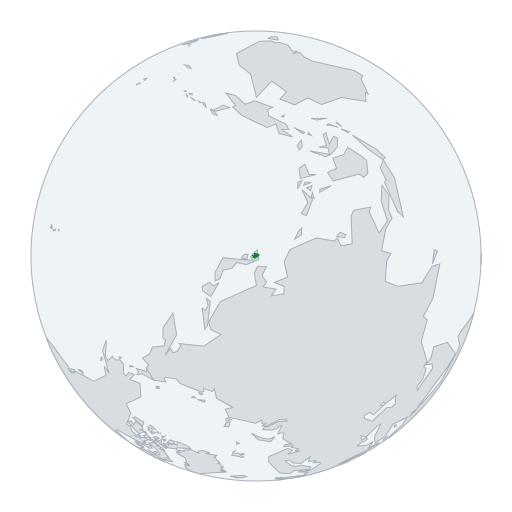 the Earth from above Kumamoto, rotated 197°
{"feature_id": "JPN-1830", "entity_name": "Kumamoto", "entity_type": "Prefecture", "adm_level": 1, "iso_a3": "JPN", "parent_name": "Japan", "parent_adm1": "", "projection": "orthographic", "projection_center": [130.522, 32.636], "detail": "fine", "context": "on_globe", "style": "filled", "palette": "green", "viewbox_px": 512, "rotation_deg": 197, "n_neighbors": 0, "source": "natural_earth", "source_scale": "10m", "svg_char_len": 12826}
<svg xmlns="http://www.w3.org/2000/svg" viewBox="0 0 512 512"><g transform="rotate(197 256 256)"><circle cx="256" cy="256" r="225" fill="#eef3f6" stroke="#a8b0b8"/><path d="M420.6,384.4L420.4,385.4L420.1,385.7L420.6,384.4ZM432.3,115.8L430.9,114.1L431.5,115.9L421.9,109.2L401.2,93.9L402.7,93.0L397.6,90.0L395.4,91.3L395.2,92.9L374.4,88.9L364.6,98.1L368.9,106.3L362.2,100.9L375.2,120.8L374.5,132.0L370.7,116.3L366.9,112.5L364.2,118.1L359.7,115.5L355.8,117.0L350.6,113.5L348.8,105.3L345.4,103.2L343.7,107.4L337.5,107.1L340.5,101.1L329.8,100.2L324.8,87.7L337.0,76.7L329.8,69.2L330.6,57.1L326.1,56.3L323.5,52.1L317.3,49.8L319.2,48.8L312.7,48.0L312.1,49.4L309.0,49.7L305.3,48.7L307.1,46.9L309.2,47.2L307.8,46.2L310.3,45.9L307.0,45.5L309.6,43.9L301.6,44.1L299.1,41.7L302.3,41.1L309.0,43.0L333.2,48.3L338.5,49.3L339.2,48.3L325.7,42.0L328.7,42.8L328.5,42.7L343.5,48.4L358.1,55.2L372.2,63.0L385.6,71.8L398.4,81.5L410.5,92.1L421.8,103.5L432.3,115.8ZM322.3,40.7L321.8,40.6L312.5,38.1L312.6,38.7L308.9,38.0L306.1,38.5L299.0,36.6L293.5,34.8L295.4,34.5L293.0,33.9L285.1,33.1L282.9,32.3L302.8,35.6L322.3,40.7ZM460.6,226.6L458.8,222.4L460.8,222.9L460.6,226.6ZM457.0,221.4L457.8,222.5L457.0,221.9L457.0,221.4ZM456.0,221.9L456.7,221.5L456.1,222.5L456.0,221.9ZM454.9,223.2L455.4,222.3L455.4,222.6L454.9,223.2ZM452.5,223.8L451.8,223.8L452.1,222.5L452.5,223.8ZM395.8,94.2L395.8,91.6L399.5,91.7L400.0,94.1L395.8,94.2ZM388.1,95.0L386.8,92.7L392.7,95.4L391.6,95.8L388.1,95.0ZM372.9,113.2L373.8,110.1L374.5,114.1L372.9,113.2ZM356.2,117.8L357.4,119.6L354.8,119.7L356.2,117.8ZM310.3,39.5L308.3,39.0L309.8,39.2L310.3,39.5ZM311.0,40.4L314.2,41.0L315.0,41.5L313.0,41.1L311.0,40.4ZM344.6,114.6L340.2,114.4L344.4,113.2L344.6,114.6ZM306.8,39.6L316.1,42.4L317.4,43.4L310.9,42.9L306.8,39.6ZM337.4,113.4L326.7,113.6L328.4,117.5L317.5,107.3L330.2,110.1L335.1,107.8L334.5,111.0L337.4,113.4ZM313.5,50.4L314.0,48.8L317.0,51.1L313.5,50.4ZM316.2,51.9L330.0,59.8L327.5,62.1L323.4,58.7L322.9,62.8L315.0,59.9L313.4,57.1L316.6,56.1L311.1,55.8L316.2,51.9ZM313.1,101.9L310.3,100.9L312.9,100.4L313.1,101.9ZM308.0,50.0L311.0,51.2L309.1,53.2L302.7,51.1L305.4,51.1L308.0,50.0ZM326.7,65.5L324.2,66.9L317.0,64.8L315.0,65.1L314.6,60.1L326.7,65.5ZM304.0,50.1L299.6,50.0L297.1,48.3L305.0,48.9L304.0,50.1ZM311.3,54.6L310.1,55.5L308.7,54.3L311.3,54.6ZM286.0,42.7L289.6,43.8L288.9,44.8L286.0,42.7ZM298.1,50.2L298.9,50.8L299.1,51.4L295.7,51.1L298.1,50.2ZM309.5,59.2L307.1,58.2L309.4,61.1L304.1,60.0L304.7,56.9L302.2,57.8L300.6,57.5L303.0,55.4L309.5,59.2ZM292.8,52.7L291.8,49.0L285.2,46.6L285.6,45.5L296.1,49.6L292.8,52.7ZM298.5,54.4L295.1,53.1L297.4,52.2L301.2,52.6L298.5,54.4ZM300.3,60.4L308.2,62.9L307.8,63.5L300.3,60.4ZM290.4,52.1L290.7,53.1L289.7,52.1L290.4,52.1ZM296.7,57.9L299.6,58.7L299.0,59.3L296.7,57.9ZM288.9,54.5L288.6,53.2L291.1,53.4L288.9,54.5ZM292.1,56.2L290.7,57.0L292.3,54.2L293.5,56.4L292.1,56.2ZM295.7,58.5L296.4,59.1L294.6,58.1L295.7,58.5ZM279.3,55.0L280.7,51.5L286.4,51.7L284.3,55.0L279.3,55.0ZM76.7,119.6L74.9,122.0L77.0,119.9L66.6,137.7L64.2,146.1L75.8,135.3L79.8,121.0L87.5,112.2L89.9,118.0L87.4,131.8L90.3,128.9L97.7,115.5L103.2,114.6L101.0,110.8L97.4,115.3L96.0,113.3L99.2,109.1L101.0,108.8L103.4,104.0L94.3,107.7L89.7,112.8L92.4,104.9L85.0,112.8L83.6,113.1L95.6,100.0L99.0,97.3L116.4,81.1L113.0,83.1L96.4,98.8L99.0,95.8L94.3,99.6L99.8,94.5L118.9,77.8L124.8,72.9L140.3,62.7L151.0,56.7L145.6,59.7L148.7,58.2L144.1,61.2L146.3,61.6L142.9,64.7L152.2,61.8L151.8,63.2L146.4,64.4L140.9,67.3L133.5,76.5L134.6,77.4L141.2,74.9L138.4,78.2L145.8,74.7L145.7,79.7L151.9,71.0L159.9,68.9L164.5,70.6L168.2,68.6L160.8,65.9L156.8,66.4L151.6,69.1L141.8,70.3L142.5,67.9L157.1,61.6L159.7,57.9L169.8,55.4L183.6,62.7L185.0,68.0L169.6,81.2L164.4,80.8L167.4,75.7L156.9,82.4L161.5,80.9L159.1,83.9L166.1,83.4L164.8,85.5L173.8,81.7L172.9,84.3L167.2,86.7L176.9,89.1L177.4,94.7L180.2,94.3L183.1,92.2L181.8,101.3L183.9,100.6L185.2,97.3L190.3,94.0L198.8,91.9L197.8,95.2L194.6,96.3L186.6,104.0L178.2,107.2L178.7,108.4L185.8,106.5L195.6,97.0L201.0,94.9L197.0,99.4L198.9,97.6L201.2,97.6L202.7,100.8L207.4,95.9L234.8,93.9L240.5,100.5L233.9,104.4L252.1,108.3L257.0,116.8L258.1,113.6L267.6,114.2L266.2,111.4L267.5,110.0L291.2,111.8L296.1,115.2L307.6,113.5L308.2,112.1L305.2,109.3L317.5,107.3L328.4,117.5L326.5,120.2L334.7,125.3L329.2,131.1L328.4,138.7L317.6,143.1L317.9,149.2L321.1,150.6L323.9,160.4L318.7,177.1L308.9,157.5L314.0,134.1L310.7,142.8L307.3,139.2L303.6,141.5L301.6,148.1L304.0,149.8L279.5,154.5L266.4,171.0L277.5,172.3L282.0,179.1L276.8,202.0L247.0,227.9L252.7,239.7L251.4,246.4L242.9,248.9L244.5,239.1L238.1,234.0L240.3,228.5L227.2,230.1L229.7,222.3L218.3,228.0L220.0,235.1L230.6,236.1L219.6,245.1L227.3,258.5L225.5,272.1L203.5,290.9L185.2,293.3L183.5,297.0L177.6,290.5L167.6,295.8L176.8,322.1L175.8,328.5L160.6,336.2L160.7,331.4L145.0,313.9L140.5,328.0L152.3,344.9L156.2,360.6L146.5,352.9L142.6,338.7L137.1,332.1L139.8,319.6L137.5,297.8L127.7,297.7L129.6,289.8L125.0,269.5L111.6,268.4L89.6,278.8L84.6,297.6L77.9,302.2L74.4,267.4L78.3,247.1L73.6,245.1L72.9,222.4L61.8,205.4L63.3,199.2L60.5,198.1L60.5,187.8L63.9,178.2L62.5,174.9L54.2,200.5L56.1,204.3L61.9,201.4L58.9,209.2L59.3,221.1L47.9,229.4L36.5,220.6L40.5,205.6L58.2,155.8L60.6,152.7L60.9,152.3L61.4,151.4L57.8,155.6L62.6,146.7L47.5,177.8L42.8,189.3L36.2,221.1L35.6,222.0L35.0,230.1L39.4,238.3L38.3,242.8L33.1,257.3L30.9,265.3L30.9,248.0L32.1,230.7L34.7,213.6L38.7,196.7L43.8,180.2L50.3,164.2L57.9,148.6L66.8,133.8L76.7,119.6ZM79.5,154.8L81.4,163.7L89.6,151.6L91.1,154.2L93.3,149.3L90.2,150.7L97.1,138.4L101.2,139.8L105.6,135.6L105.2,132.5L96.5,132.1L86.6,149.3L82.3,150.8L79.5,154.8ZM170.0,48.7L165.5,50.6L163.1,51.3L167.4,48.9L171.0,47.7L170.0,48.7ZM159.9,53.4L173.1,48.6L171.0,50.5L169.9,50.1L167.2,51.8L164.8,51.9L149.8,58.9L146.6,60.1L156.3,54.1L154.8,55.1L159.3,52.9L159.9,53.4ZM210.8,38.4L216.5,37.8L204.4,42.3L200.5,42.5L204.5,39.7L211.5,37.9L210.8,38.4ZM293.5,38.8L296.5,39.3L296.0,39.6L293.1,39.5L293.5,38.8ZM287.7,43.1L280.1,37.5L283.1,37.6L275.0,34.9L279.7,34.3L284.8,36.0L282.4,33.9L288.9,35.1L286.4,33.8L297.3,37.6L303.0,39.1L294.8,37.5L290.2,37.9L290.0,38.5L293.6,41.7L303.7,45.7L300.8,47.2L296.1,47.3L293.2,46.5L296.0,45.6L290.2,45.3L292.0,43.5L287.7,43.1ZM242.3,54.3L246.8,52.3L235.3,53.8L237.1,51.0L235.7,51.4L234.2,49.4L229.9,47.7L231.7,46.6L229.2,46.5L228.2,45.3L225.4,44.9L227.7,42.9L224.5,42.3L227.4,41.7L221.3,41.4L226.9,40.8L226.1,39.7L221.1,40.8L240.3,33.7L244.0,32.1L244.1,31.3L253.7,31.2L259.8,32.1L262.8,34.2L257.9,36.1L263.1,36.0L262.3,37.1L258.5,36.7L263.9,37.9L262.2,38.8L264.9,42.3L273.7,44.2L274.9,45.8L270.6,45.5L274.8,47.4L267.6,48.1L268.3,49.3L261.9,51.6L253.2,50.7L254.6,52.3L249.8,54.4L242.3,54.3ZM277.3,55.5L266.5,54.5L262.2,52.6L275.2,49.6L275.6,48.3L283.8,46.9L289.9,49.8L287.0,49.9L285.6,50.7L284.2,49.4L284.3,51.0L280.3,51.3L279.2,52.7L276.0,51.9L277.3,55.5ZM99.5,94.1L97.6,96.0L95.6,98.3L92.7,101.0L99.5,94.1ZM109.4,85.0L112.3,82.5L111.2,83.5L106.1,87.9L107.0,87.0L109.4,85.0ZM115.0,80.7L111.6,83.2L114.6,80.8L115.0,80.7ZM145.9,65.4L145.2,66.6L143.5,67.4L141.8,67.6L145.9,65.4ZM208.8,60.3L212.1,58.9L212.9,59.4L221.0,58.4L220.3,60.8L215.2,62.2L208.8,60.3ZM74.0,135.1L72.1,135.2L73.6,132.6L73.9,133.1L74.0,135.1ZM80.9,116.7L77.2,122.5L80.1,117.4L80.9,116.7ZM209.4,62.7L212.8,61.9L210.4,63.6L209.4,62.7ZM220.2,62.5L218.1,64.4L221.2,61.0L220.2,62.5ZM38.5,314.8L38.2,313.5L41.5,325.0L38.5,314.8ZM211.5,404.9L218.4,406.8L218.2,407.5L211.5,404.9ZM204.2,400.8L212.0,402.4L203.0,402.3L204.2,400.8ZM215.1,403.1L223.0,402.8L226.4,401.9L225.9,403.5L215.1,403.1ZM199.0,399.8L171.5,393.1L160.9,387.8L163.2,385.5L180.3,391.0L199.0,399.8ZM162.3,385.1L146.5,371.3L126.6,336.7L133.7,340.1L154.8,364.2L153.4,366.5L163.0,376.6L162.3,385.1ZM201.7,378.8L200.2,386.7L184.8,382.5L178.0,379.5L173.2,367.6L175.8,362.8L181.4,364.4L204.2,350.4L211.9,356.7L204.6,363.4L211.0,372.0L201.7,378.8ZM85.0,300.0L87.4,314.0L83.9,313.7L85.0,300.0ZM214.4,338.6L204.5,345.3L213.8,335.5L214.4,338.6ZM220.4,328.5L220.6,333.1L217.2,328.1L220.4,328.5ZM182.4,303.3L176.4,302.7L176.7,299.4L184.6,298.3L182.4,303.3ZM224.0,283.4L222.3,293.0L220.5,296.1L218.7,289.7L224.0,283.4ZM208.5,85.2L198.0,83.5L190.1,84.7L184.9,88.7L187.7,82.7L200.0,80.8L208.5,85.2ZM231.7,92.3L236.2,89.3L237.3,91.5L236.4,92.5L231.7,92.3ZM232.2,89.9L232.0,84.7L236.6,83.7L235.8,87.9L232.2,89.9ZM220.3,72.5L217.2,71.8L219.3,70.3L220.3,72.5ZM368.9,449.0L372.1,447.9L365.9,452.0L357.0,456.9L348.0,460.8L368.9,449.0ZM299.7,471.6L298.0,469.0L308.0,467.6L305.1,470.4L299.7,471.6ZM375.2,444.9L380.7,440.4L381.5,437.2L382.5,439.4L388.5,436.3L374.4,446.6L375.2,444.9ZM258.7,458.7L216.1,462.1L206.2,459.5L207.6,456.5L196.2,443.7L199.4,444.6L195.9,436.0L220.4,432.7L237.6,420.0L252.6,422.4L263.1,411.8L278.9,413.2L274.9,422.0L292.1,427.8L302.0,407.9L314.2,428.2L327.9,433.7L333.8,444.0L315.6,462.3L303.6,466.3L300.5,465.3L295.8,467.1L287.2,467.1L280.9,462.5L276.2,464.1L280.0,460.2L273.6,463.7L268.4,460.4L258.7,458.7ZM372.8,416.3L375.5,416.1L380.4,417.9L375.9,418.6L372.8,416.3ZM413.6,391.5L415.2,392.3L412.2,394.1L413.6,391.5ZM420.1,385.7L416.6,388.1L420.6,384.4L420.1,385.7ZM385.5,401.6L387.0,402.4L385.9,403.2L385.5,401.6ZM384.3,401.5L385.7,399.1L385.7,401.2L384.3,401.5ZM370.6,393.7L372.1,392.3L372.9,393.0L370.6,393.7ZM228.7,408.4L238.2,403.6L243.6,403.7L228.7,408.4ZM368.1,391.8L364.1,392.4L364.4,391.2L368.1,391.8ZM368.2,389.1L367.7,387.5L370.4,390.9L368.2,389.1ZM360.3,386.7L365.4,388.8L359.8,387.2L360.3,386.7ZM357.5,387.6L354.0,386.8L354.2,386.3L357.5,387.6ZM319.4,393.9L332.4,402.9L322.3,403.5L310.9,397.9L302.6,404.0L283.5,403.0L287.7,399.5L284.9,393.8L265.7,390.7L261.8,386.6L268.5,384.5L256.0,380.6L269.6,379.8L275.4,388.0L283.1,382.2L296.9,384.0L310.6,386.4L322.0,391.6L319.4,393.9ZM270.0,396.9L272.4,397.0L270.4,399.1L270.0,396.9ZM347.2,383.5L352.3,386.6L351.8,387.5L349.3,387.3L347.2,383.5ZM324.5,390.1L336.6,382.9L339.5,382.7L331.6,390.6L324.5,390.1ZM333.5,379.0L339.2,379.4L342.4,382.7L341.2,383.8L333.5,379.0ZM242.2,387.4L241.7,389.5L238.2,387.4L242.2,387.4ZM246.6,386.7L257.2,390.0L245.7,388.4L246.6,386.7ZM215.6,374.7L218.5,380.4L227.8,378.6L220.7,382.2L227.3,391.6L225.2,394.4L218.7,384.4L216.7,393.3L212.6,392.5L210.2,384.1L214.2,374.9L218.3,371.4L235.3,372.2L215.6,374.7ZM246.5,380.3L243.7,373.9L245.8,370.1L248.8,373.7L246.5,380.3ZM236.0,358.0L229.1,349.6L222.6,351.4L236.2,343.1L240.5,352.5L236.0,358.0ZM230.8,340.9L224.6,342.5L231.2,337.5L230.8,340.9ZM223.2,339.8L222.9,334.4L227.6,335.9L223.2,339.8ZM233.9,341.6L235.7,332.9L237.7,338.5L233.9,341.6ZM221.9,322.3L231.3,332.7L218.4,326.8L219.6,309.3L225.2,309.9L221.9,322.3ZM264.2,255.6L263.8,250.3L269.4,249.8L268.1,253.6L264.2,255.6ZM287.1,244.7L270.7,248.0L257.5,251.1L260.9,253.9L256.6,262.3L252.3,253.4L262.7,244.9L272.5,244.2L275.4,237.1L283.4,232.9L283.8,223.7L287.8,220.1L290.4,228.5L287.1,244.7ZM283.6,219.8L287.3,204.0L297.1,207.2L298.5,211.4L292.7,217.2L287.9,215.0L283.6,219.8ZM291.1,201.2L286.4,199.2L282.1,175.1L283.6,171.0L292.1,190.2L288.2,189.5L287.5,195.0L291.1,201.2ZM310.4,102.7L310.3,101.1L312.2,102.7L310.4,102.7ZM266.5,108.5L268.5,106.9L270.7,108.6L266.5,108.5ZM275.4,103.3L271.5,102.6L276.0,102.0L275.4,103.3ZM262.7,101.2L270.1,101.6L262.4,103.2L262.7,101.2Z" fill="#d9dde1" stroke="#a8b0b8" stroke-width="1"/><path d="M255.4,257.9L255.5,257.8L255.7,257.5L255.7,257.4L255.8,257.3L255.8,257.2L256.0,257.2L256.1,256.9L256.2,256.7L256.3,256.5L256.2,256.5L256.2,256.4L256.4,256.1L256.5,255.9L256.4,256.0L255.9,256.1L256.1,255.8L256.3,255.7L256.2,255.6L256.3,255.5L256.3,255.4L256.2,255.3L256.0,255.1L255.8,254.9L255.7,254.9L255.7,254.6L255.9,254.6L255.9,254.4L256.0,254.4L256.1,254.2L256.3,254.2L256.5,254.0L256.9,254.2L257.0,254.2L257.2,254.3L257.4,254.4L257.5,254.5L257.5,254.4L257.6,254.2L257.5,253.9L257.8,253.9L258.0,254.0L258.1,254.3L258.3,254.4L258.3,254.6L258.4,254.9L258.4,255.0L258.7,255.3L258.4,255.3L258.3,255.5L258.2,255.7L258.1,255.8L258.0,256.0L257.9,256.1L257.8,256.3L257.7,256.3L257.6,256.6L257.6,256.8L257.7,257.0L257.8,257.0L257.9,257.3L257.8,257.5L257.9,257.8L257.6,257.8L257.5,258.0L257.4,258.0L257.2,258.0L256.7,258.1L256.3,257.9L256.2,257.9L256.0,258.0L255.8,258.0L255.7,258.1L255.4,257.9L255.4,257.9ZM254.8,256.4L254.9,256.6L254.9,256.9L254.9,257.0L255.0,257.0L254.9,257.2L254.8,257.3L254.7,257.5L254.4,257.7L254.2,257.7L254.3,257.5L254.2,257.5L254.3,257.4L254.5,257.3L254.4,257.3L254.2,257.3L254.2,257.2L254.3,257.0L254.2,256.9L254.3,256.8L254.3,256.7L254.3,256.4L254.4,256.5L254.5,256.4L254.8,256.4ZM255.6,256.5L255.7,256.4L255.8,256.4L255.8,256.5L255.7,256.6L255.6,256.9L255.5,257.0L255.5,256.9L255.4,256.8L255.2,256.9L255.0,256.7L255.3,256.5L255.5,256.4L255.5,256.5L255.6,256.5ZM254.8,257.7L254.9,257.8L254.8,258.0L254.7,258.0L254.7,257.9L254.6,257.7L254.8,257.7ZM255.8,256.2L255.8,256.3L255.7,256.3L255.6,256.2L255.8,256.1L255.8,256.2ZM255.1,257.3L255.1,257.5L255.0,257.4L255.1,257.3Z" fill="#22c55e" stroke="#15803d" stroke-width="1.5"/></g></svg>